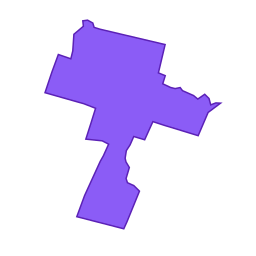 Picada Café, Rio Grande do Sul, Brazil, rotated 99°
{"feature_id": "56859067B3523783610798", "entity_name": "Picada Café", "entity_type": "district", "adm_level": 2, "iso_a3": "BRA", "parent_name": "Brazil", "parent_adm1": "Rio Grande do Sul", "projection": "equal_earth", "projection_center": [-51.109, -29.454], "detail": "fine", "context": "isolated", "style": "filled", "palette": "violet", "viewbox_px": 256, "rotation_deg": 99, "n_neighbors": 0, "source": "geoboundaries", "source_scale": "gbopen_adm2", "svg_char_len": 846}
<svg xmlns="http://www.w3.org/2000/svg" viewBox="0 0 256 256"><g transform="rotate(99 128 128)"><path d="M29.2,189.4L34.5,188.0L43.9,196.1L60.5,194.6L68.6,195.3L66.3,208.3L84.6,211.9L106.1,215.5L107.0,208.1L110.2,181.6L110.9,175.5L113.6,163.1L129.4,165.4L145.6,167.9L144.7,151.5L147.0,144.6L159.4,148.0L165.3,150.2L201.5,160.3L223.6,164.7L228.2,116.4L221.0,114.4L188.6,106.8L184.0,113.2L182.1,120.0L178.2,122.0L166.8,120.5L161.8,124.7L158.3,126.1L150.6,126.1L144.3,123.3L135.5,121.0L137.0,109.7L121.7,105.5L117.8,104.4L119.7,92.5L123.0,68.8L124.6,57.5L100.1,51.3L89.0,40.5L89.5,45.2L92.2,49.9L86.2,52.6L82.7,57.5L88.5,63.6L85.7,68.3L82.6,80.0L79.9,82.8L81.7,87.6L81.3,92.3L78.9,100.6L70.5,99.4L68.8,106.6L62.2,106.1L39.8,104.4L34.8,171.1L33.9,177.2L29.8,179.2L27.8,184.8L29.2,189.4Z" fill="#8b5cf6" stroke="#5b21b6" stroke-width="1.5"/></g></svg>